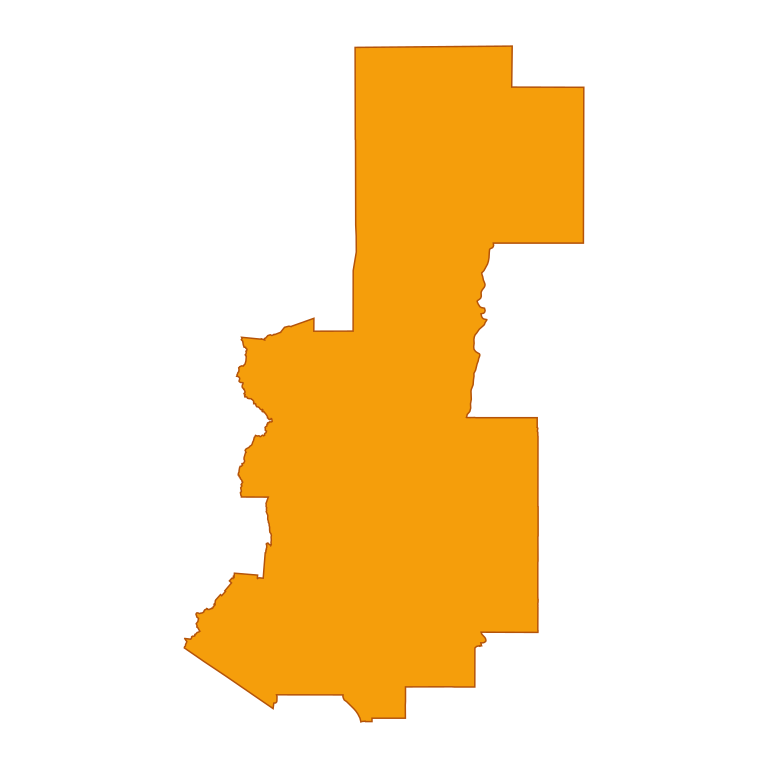 Mid Murray, South Australia, Australia (Albers equal-area conic projection)
{"feature_id": "25037944B98973302778113", "entity_name": "Mid Murray", "entity_type": "district", "adm_level": 2, "iso_a3": "AUS", "parent_name": "Australia", "parent_adm1": "South Australia", "projection": "albers", "projection_center": [139.499, -34.416], "detail": "fine", "context": "isolated", "style": "filled", "palette": "amber", "viewbox_px": 768, "rotation_deg": 0, "n_neighbors": 0, "source": "geoboundaries", "source_scale": "gbopen_adm2", "svg_char_len": 6092}
<svg xmlns="http://www.w3.org/2000/svg" viewBox="0 0 768 768"><path d="M184.3,647.9L204.0,661.5L224.5,675.2L273.1,708.6L273.8,703.1L275.7,702.9L276.6,702.0L276.9,701.0L277.0,696.5L276.5,694.8L343.0,694.9L342.9,696.4L343.3,698.0L344.3,700.0L346.6,701.6L353.7,708.6L355.8,711.0L357.8,713.9L360.0,718.2L360.9,721.9L361.9,721.5L365.2,721.2L365.4,721.6L372.0,721.6L372.0,718.2L405.4,718.2L405.3,705.1L405.5,701.4L405.5,686.9L451.8,686.8L454.9,687.0L474.8,687.0L474.9,648.0L476.6,646.4L479.3,645.8L479.3,646.1L479.9,646.3L481.1,645.5L481.3,645.8L481.6,645.8L480.8,642.9L483.0,642.8L483.9,642.6L485.5,641.6L485.9,640.9L485.9,640.1L485.5,638.6L484.8,637.4L481.9,634.3L481.1,632.2L537.9,632.4L538.0,630.6L537.8,629.6L537.9,607.2L537.8,606.7L537.9,605.7L537.8,603.4L538.0,602.4L538.1,599.5L537.9,599.2L537.9,597.9L537.8,597.5L537.8,562.5L538.0,561.0L537.9,536.5L538.1,536.1L538.1,506.6L537.9,506.5L538.0,436.3L537.8,435.6L537.8,432.3L537.3,431.2L537.8,428.3L537.4,427.5L537.0,427.3L537.2,426.6L537.2,417.7L475.8,417.7L474.8,417.5L466.8,417.6L466.4,417.4L466.7,416.7L467.2,414.5L469.8,411.5L470.7,408.1L470.5,403.8L471.3,399.3L471.0,391.3L471.2,389.7L473.1,384.8L473.5,379.6L474.0,376.1L473.9,373.4L475.6,370.1L477.1,363.9L478.2,361.0L478.7,358.5L479.7,355.9L479.8,355.1L479.7,354.3L479.3,353.8L476.4,352.1L475.4,351.2L474.2,349.6L473.9,348.8L473.7,346.7L474.1,343.3L473.9,339.6L474.3,336.9L475.2,334.7L476.4,333.4L479.3,329.2L483.9,325.2L484.5,324.3L485.1,322.6L486.8,320.0L486.8,319.6L484.8,319.2L483.6,318.9L482.9,318.4L482.3,317.7L481.6,316.5L481.0,313.8L483.7,313.2L484.8,311.9L485.1,310.4L484.5,308.2L481.5,307.6L479.9,306.7L478.0,303.7L477.1,301.3L477.2,301.0L477.8,300.4L479.6,299.2L480.8,297.9L481.3,296.2L481.1,293.2L481.2,292.0L482.1,290.1L484.3,287.2L484.9,285.8L485.0,284.3L484.6,283.0L483.4,280.1L482.7,276.7L481.9,274.3L481.7,272.9L483.3,271.3L484.0,270.5L487.5,264.1L488.4,261.2L489.0,257.8L489.3,252.2L489.6,249.4L490.3,248.7L492.5,247.7L493.2,246.7L493.6,245.6L493.3,243.1L583.4,243.1L583.8,87.3L511.7,87.1L512.2,46.1L355.1,47.4L355.3,139.5L355.5,139.9L355.7,224.9L356.2,236.0L356.3,252.0L353.2,270.6L353.1,331.1L313.8,331.2L313.9,318.3L291.7,326.2L291.3,326.6L288.9,326.2L284.5,327.3L280.8,332.0L280.7,332.4L280.3,332.5L280.3,332.4L274.7,334.6L274.1,334.3L272.7,335.2L271.8,335.5L270.3,334.8L267.8,335.6L265.8,337.9L264.5,338.5L264.7,340.0L261.3,338.8L261.2,339.2L241.6,337.3L242.1,338.3L241.3,339.7L242.7,341.2L243.3,344.8L244.1,347.2L245.6,347.3L245.8,348.2L247.0,349.2L246.6,350.9L245.9,351.2L246.3,352.7L245.9,354.0L245.2,354.8L245.8,355.9L246.3,356.1L245.9,361.0L245.0,364.1L244.3,364.6L243.4,366.0L241.6,365.9L241.1,366.1L239.7,366.7L239.5,367.1L238.7,367.8L239.0,369.7L238.7,371.9L238.1,372.3L237.8,372.8L237.7,373.4L237.0,374.9L237.2,375.3L236.7,376.3L238.0,376.5L238.9,377.1L239.6,378.0L239.7,378.9L239.0,381.1L239.6,381.9L240.7,382.5L242.3,382.6L243.0,382.8L243.0,383.8L242.4,384.8L242.1,386.2L242.3,387.4L242.6,387.9L243.8,388.8L243.7,389.3L244.1,389.4L245.1,392.0L244.9,392.6L244.0,393.5L244.0,393.8L245.2,394.5L245.0,395.3L244.6,395.6L244.7,396.3L245.0,397.0L245.8,396.7L246.9,397.1L247.5,398.2L248.9,398.6L251.1,398.7L251.5,399.3L252.3,399.6L253.6,401.1L253.6,402.4L253.9,402.6L253.7,403.7L255.6,403.8L256.0,405.5L256.7,406.7L258.0,406.9L259.2,407.6L259.8,408.6L260.7,409.5L261.5,409.9L262.3,409.4L262.9,410.0L262.8,410.4L262.2,410.9L262.2,411.5L262.6,411.7L263.9,411.6L264.3,412.2L264.3,412.6L265.2,413.1L267.4,416.4L267.5,417.9L268.5,418.4L268.6,419.0L269.8,419.7L270.2,419.7L271.1,418.5L271.4,418.6L271.7,418.9L272.2,421.4L271.6,421.9L271.2,421.8L270.3,421.9L269.4,421.9L269.3,422.3L269.1,422.6L267.8,422.8L267.5,423.2L267.6,424.1L267.1,424.2L266.9,424.6L266.9,425.5L266.7,426.2L266.1,426.4L265.3,427.1L265.0,427.8L265.4,428.6L265.2,430.1L265.6,430.6L266.5,431.1L266.1,432.5L265.7,433.0L265.2,433.1L264.6,433.9L264.6,435.3L263.6,435.8L263.1,435.3L262.4,435.2L260.6,436.6L259.8,436.5L259.3,435.9L258.2,435.8L257.5,436.1L255.5,435.4L254.8,437.0L254.3,437.3L253.5,440.6L252.6,442.4L252.3,443.6L251.6,445.1L249.7,446.4L249.3,447.1L247.2,448.4L246.3,448.7L245.1,450.3L246.0,452.4L245.6,452.5L244.1,457.5L244.0,459.2L244.5,460.3L244.6,461.2L243.8,463.0L242.6,463.6L242.0,463.6L241.9,463.9L242.5,465.1L241.3,466.3L240.2,466.3L239.6,467.6L239.1,470.4L239.0,472.0L238.4,473.2L238.2,475.0L239.1,475.4L239.1,476.6L240.2,477.5L240.3,478.6L241.3,479.6L241.9,480.5L242.0,481.4L242.7,482.1L241.1,484.6L241.3,485.1L241.8,485.2L241.8,486.1L240.7,487.8L241.4,491.3L241.2,491.9L240.5,492.3L240.4,492.7L241.0,495.6L241.4,495.9L241.4,497.0L268.3,497.1L266.0,503.5L266.2,504.5L266.1,506.6L266.7,507.8L266.4,508.9L266.6,510.6L266.2,511.6L267.8,515.4L267.7,519.1L268.4,521.5L268.4,522.5L268.9,523.2L269.2,524.3L269.1,525.1L269.6,527.1L269.6,530.0L269.9,532.3L270.9,533.6L271.4,535.5L271.1,537.0L271.3,540.1L271.0,542.6L271.3,544.5L270.7,545.7L269.9,544.6L269.1,544.4L267.9,543.0L267.2,543.2L267.1,543.7L266.4,543.7L266.3,544.4L266.7,545.4L266.7,547.6L266.3,548.5L266.4,549.6L265.9,550.0L265.9,551.7L265.7,552.0L265.6,552.9L265.2,552.9L263.2,578.2L259.0,577.8L258.5,578.0L257.0,578.9L257.3,578.6L257.6,575.1L234.4,573.2L234.1,577.1L233.4,576.5L233.0,578.5L231.9,578.2L229.4,580.9L231.5,582.9L224.8,590.8L225.5,591.4L221.7,595.7L220.5,594.6L215.7,600.0L215.2,601.1L215.3,601.7L215.1,603.0L214.1,604.1L215.1,604.4L214.9,605.1L214.0,605.8L213.6,606.7L213.3,606.7L212.9,607.5L212.8,608.0L212.1,608.5L211.5,608.2L210.8,608.9L210.1,609.0L209.1,609.5L207.7,609.4L207.5,608.8L206.6,608.5L206.2,609.1L205.6,609.6L204.7,609.9L203.9,611.2L203.9,611.8L202.7,612.7L201.7,613.1L201.1,613.0L199.9,613.5L199.1,613.5L198.5,613.1L197.6,612.9L196.8,612.9L196.2,613.5L196.0,614.7L196.6,615.7L196.7,616.9L198.5,618.4L197.9,621.5L196.2,623.7L197.1,625.8L196.8,627.0L197.8,627.7L199.5,630.7L199.4,631.2L199.7,631.3L198.8,632.0L197.1,632.5L195.8,634.1L195.0,634.3L194.7,635.0L194.9,635.7L193.9,636.2L192.4,636.2L191.6,636.9L191.7,637.6L190.7,639.2L184.2,638.4L185.1,638.9L185.7,640.1L186.8,641.4L186.4,642.9L185.6,644.3L185.4,646.1L184.6,646.7L184.3,647.9Z" fill="#f59e0b" stroke="#b45309" stroke-width="1.5"/></svg>